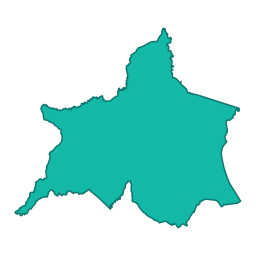 the district of Cha-Uat, Nakhon Si Thammarat, Thailand
{"feature_id": "78962969B24594080556588", "entity_name": "Cha-Uat", "entity_type": "district", "adm_level": 2, "iso_a3": "THA", "parent_name": "Thailand", "parent_adm1": "Nakhon Si Thammarat", "projection": "equal_earth", "projection_center": [99.929, 7.982], "detail": "fine", "context": "isolated", "style": "filled", "palette": "teal", "viewbox_px": 256, "rotation_deg": 0, "n_neighbors": 0, "source": "geoboundaries", "source_scale": "gbopen_adm2", "svg_char_len": 5768}
<svg xmlns="http://www.w3.org/2000/svg" viewBox="0 0 256 256"><path d="M176.7,79.2L174.4,77.8L173.0,78.1L172.2,75.0L172.5,73.7L172.0,73.5L171.9,72.7L171.1,71.7L171.9,70.4L172.7,69.9L171.6,69.0L171.4,67.8L173.4,66.4L173.1,65.9L171.8,66.2L171.4,65.9L172.0,62.9L172.0,61.5L171.5,59.2L170.4,59.5L170.2,58.3L170.6,57.2L172.5,57.1L173.2,56.5L173.2,55.9L171.8,55.4L172.1,54.4L171.7,53.4L171.1,52.8L170.9,51.2L170.1,50.6L168.3,50.8L168.4,48.7L168.9,47.7L168.5,47.0L168.4,46.1L167.5,45.2L167.0,45.5L166.8,44.3L170.7,42.4L170.6,40.8L171.2,39.5L171.1,38.4L170.8,37.7L170.2,37.6L169.0,38.6L168.2,38.3L167.7,37.3L167.7,35.9L167.1,35.2L167.6,33.8L166.6,33.3L166.0,32.0L165.3,31.4L165.1,29.0L164.3,29.3L164.2,28.8L163.2,28.4L162.9,28.8L162.8,29.9L162.3,30.0L161.5,34.4L159.2,37.1L157.2,41.4L152.6,41.7L150.1,42.3L145.1,45.3L139.5,47.7L138.9,47.5L136.6,50.0L136.5,51.0L135.7,52.0L131.0,55.2L131.5,56.7L130.7,57.2L129.7,59.1L130.0,60.3L129.7,60.7L130.2,60.9L130.5,61.5L130.4,62.7L129.8,63.5L128.8,64.0L128.3,65.2L127.4,65.3L126.6,66.1L126.4,67.0L126.3,68.7L127.9,75.9L126.8,78.1L127.6,78.8L127.5,79.7L126.4,80.3L126.4,81.3L126.8,81.9L126.2,83.6L126.6,83.6L126.4,84.7L127.0,85.0L125.9,87.5L126.1,88.0L125.7,87.9L125.5,88.7L125.2,88.2L124.5,88.7L124.3,88.1L124.0,88.2L124.1,88.6L123.6,87.8L123.2,88.3L123.5,88.7L122.9,89.1L122.9,90.3L122.3,90.2L122.2,89.5L122.0,89.9L121.7,89.5L121.1,89.8L120.4,89.5L120.1,90.2L120.2,89.7L119.9,89.3L119.9,90.0L119.5,90.0L118.9,88.6L118.4,89.1L118.5,90.1L118.9,90.6L118.3,90.9L118.5,91.4L117.9,91.4L117.9,94.5L118.2,95.8L115.7,96.5L110.1,101.0L104.1,101.0L104.2,100.0L103.5,99.9L103.5,99.3L103.0,99.3L102.5,96.1L102.2,95.9L100.3,96.5L99.6,97.4L98.2,97.8L97.5,98.9L96.6,97.2L95.2,97.6L93.1,97.0L92.6,97.4L92.1,99.0L91.4,98.7L90.3,99.2L89.9,100.7L89.1,100.4L88.5,101.0L88.5,100.5L87.9,100.6L87.9,101.8L86.9,103.0L86.2,103.2L85.9,102.7L84.8,103.5L84.6,102.7L84.1,103.3L83.4,103.1L83.2,104.1L82.6,103.6L81.5,103.8L81.7,104.7L81.3,105.4L80.7,105.5L80.2,106.4L78.9,106.5L77.8,107.5L76.8,107.3L76.4,107.7L75.0,106.5L74.6,106.8L73.5,106.5L73.3,107.7L71.9,107.9L71.7,108.6L71.2,108.8L71.1,109.7L70.1,108.3L68.6,108.7L68.5,109.4L67.1,109.5L65.5,108.2L64.8,109.0L63.6,108.7L62.3,110.0L60.5,110.6L60.0,109.9L59.1,110.3L57.4,110.3L57.0,109.1L56.6,109.6L56.4,109.1L54.4,108.9L53.7,108.3L53.2,108.3L52.7,108.9L52.0,108.2L49.9,108.0L47.3,106.4L47.3,105.8L46.7,105.8L46.1,104.7L44.1,105.2L43.5,104.6L41.5,106.7L41.5,107.6L40.9,108.7L43.4,114.5L43.5,117.6L43.9,118.9L44.4,119.7L48.1,120.4L49.2,121.6L53.5,123.3L54.6,125.0L57.8,127.1L58.0,127.9L58.9,128.8L60.9,129.5L61.1,131.6L60.8,133.5L61.9,134.8L62.2,138.0L61.7,141.0L61.1,142.5L58.2,145.7L56.9,146.1L53.9,149.3L53.3,150.6L50.9,151.7L49.4,153.7L49.3,154.4L50.1,155.8L49.8,158.9L48.0,164.0L46.8,166.0L46.6,168.9L46.0,170.4L45.9,171.8L46.6,177.3L46.3,178.0L45.7,178.6L44.7,178.2L43.2,180.1L40.4,178.8L39.0,179.7L37.8,181.2L35.7,182.1L36.0,183.1L35.8,185.2L34.7,188.2L35.0,190.5L34.1,190.5L34.0,192.0L33.7,192.3L31.2,192.4L30.2,193.0L29.7,194.1L29.8,196.9L28.5,198.2L26.9,201.8L25.9,202.5L25.5,205.6L22.4,206.1L21.2,207.8L20.0,207.8L18.7,209.9L15.4,211.8L15.5,213.2L17.6,214.1L18.6,213.4L19.8,213.3L20.1,215.1L21.4,215.7L22.2,215.1L22.3,214.2L22.9,214.0L22.9,213.6L24.0,213.7L24.6,214.4L24.9,213.6L25.3,213.9L27.1,213.4L27.4,212.2L27.9,211.9L28.0,211.2L29.9,208.6L31.1,208.9L32.8,206.3L35.3,203.6L35.9,201.3L37.4,200.9L38.2,199.3L40.1,198.7L40.9,198.1L43.5,197.1L47.4,196.8L48.3,193.4L49.1,191.6L50.4,190.3L51.5,189.8L54.1,192.0L54.0,192.6L55.2,194.6L57.3,195.9L58.5,194.7L58.7,193.3L61.9,195.5L62.3,195.5L63.0,194.5L63.8,194.2L65.2,194.8L66.5,194.7L66.8,194.2L66.6,192.9L68.7,190.9L70.3,191.1L71.2,192.1L72.6,192.2L73.1,193.4L74.7,192.7L77.4,192.4L78.6,193.1L78.9,194.2L80.5,193.5L82.0,193.9L82.9,193.6L83.3,192.8L84.2,193.0L85.7,191.6L89.8,189.3L90.7,191.6L92.0,192.1L99.5,198.5L110.3,209.0L111.2,207.8L109.7,207.4L109.6,206.8L110.5,206.3L110.9,206.5L110.7,205.7L111.3,206.0L111.4,205.3L112.0,206.0L111.9,204.8L111.6,204.7L112.4,204.3L112.1,204.0L112.5,203.6L112.8,203.9L114.5,201.6L114.6,202.0L115.3,202.0L115.1,201.3L116.6,199.6L117.0,200.1L117.3,199.2L117.9,199.6L118.1,199.1L118.9,199.1L118.6,198.7L118.8,198.3L119.4,198.3L119.5,197.9L119.9,198.3L119.8,197.3L120.3,197.6L120.7,195.7L122.1,195.2L122.8,194.3L122.7,193.0L123.2,192.6L123.1,191.6L123.6,190.8L123.6,189.9L124.9,188.2L125.6,184.3L128.2,181.5L130.4,180.9L130.4,182.5L131.3,183.5L131.5,184.6L131.1,190.9L132.0,192.0L131.9,192.7L132.4,194.4L131.9,195.4L132.4,197.5L132.2,200.9L133.3,201.9L134.3,201.9L136.2,202.9L136.6,203.5L137.3,203.4L139.5,207.6L143.4,212.4L145.1,213.1L147.4,215.6L149.4,217.0L151.0,217.4L155.0,220.5L157.3,220.8L159.4,222.8L164.9,221.3L166.9,221.6L167.8,222.7L171.4,225.1L171.9,225.2L173.0,224.0L173.8,224.5L175.1,223.9L175.9,224.2L176.7,226.0L178.3,227.6L180.1,226.5L180.9,225.3L182.6,223.8L184.5,224.5L185.3,225.3L187.0,225.7L187.1,225.0L186.4,223.2L186.4,222.1L188.9,219.2L190.6,215.9L193.0,212.5L193.9,211.6L194.3,211.8L194.7,210.1L195.9,207.6L195.9,206.9L196.9,205.1L198.3,205.0L198.6,204.3L199.8,203.6L199.6,202.8L199.9,201.5L201.1,201.6L203.1,200.0L206.0,199.2L214.7,200.1L217.0,200.9L218.2,201.9L221.2,206.5L221.8,206.7L224.2,204.8L237.5,203.2L240.6,201.1L229.7,183.6L227.1,177.6L223.9,167.6L221.7,157.3L221.2,154.0L221.6,151.0L222.7,146.7L226.7,141.7L225.2,139.1L224.8,136.6L227.1,132.4L227.2,129.5L226.2,124.0L226.2,121.0L227.3,120.2L229.8,120.2L231.4,118.7L233.0,117.8L233.2,115.2L235.2,114.4L235.2,111.6L235.9,110.0L236.4,109.3L237.1,109.2L237.8,111.1L238.5,111.3L239.0,110.9L239.2,110.2L239.0,108.3L199.4,95.6L194.1,94.1L193.3,94.1L193.0,94.5L191.8,93.4L190.7,94.0L190.2,93.0L189.4,92.7L188.0,93.0L186.1,88.7L181.3,84.5L180.7,83.3L180.9,82.0L180.1,82.7L176.7,79.2Z" fill="#14b8a6" stroke="#0f766e" stroke-width="1.5"/></svg>